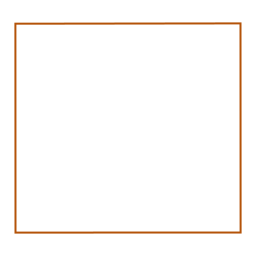 York, Nebraska, United States of America (Robinson projection)
{"feature_id": "52423323B45895335314976", "entity_name": "York", "entity_type": "district", "adm_level": 2, "iso_a3": "USA", "parent_name": "United States of America", "parent_adm1": "Nebraska", "projection": "robinson", "projection_center": [-97.673, 40.873], "detail": "fine", "context": "isolated", "style": "outline", "palette": "amber", "viewbox_px": 256, "rotation_deg": 0, "n_neighbors": 0, "source": "geoboundaries", "source_scale": "gbopen_adm2", "svg_char_len": 192}
<svg xmlns="http://www.w3.org/2000/svg" viewBox="0 0 256 256"><path d="M15.4,23.7L15.5,232.6L16.0,232.6L240.6,232.5L240.5,23.4L15.4,23.7Z" fill="none" stroke="#b45309" stroke-width="2"/></svg>